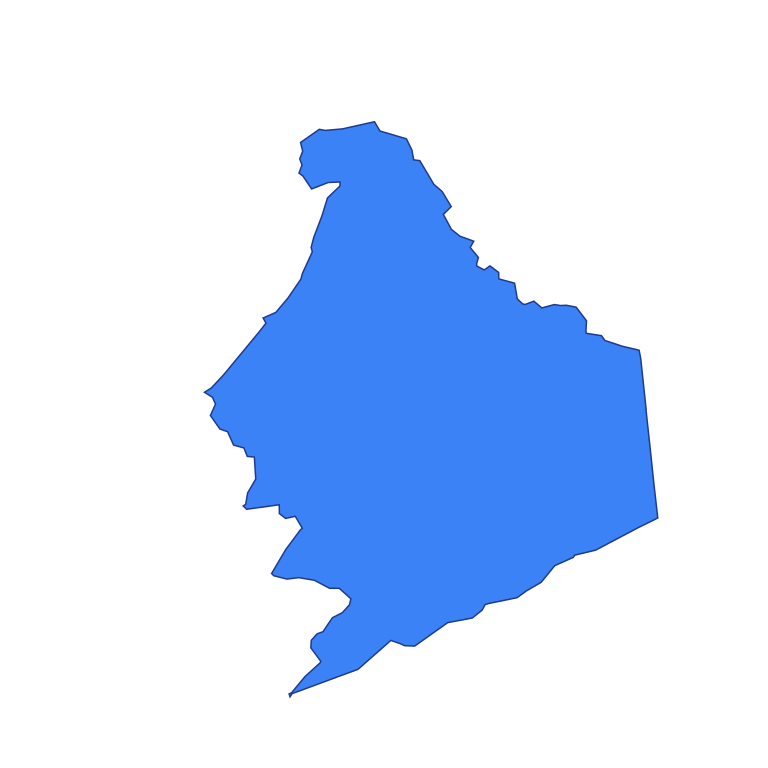 Toa Alta, Puerto Rico, rotated 60°
{"feature_id": "32010507B81379947560815", "entity_name": "Toa Alta", "entity_type": "district", "adm_level": 2, "iso_a3": "PRI", "parent_name": "Puerto Rico", "parent_adm1": "", "projection": "equal_earth", "projection_center": [-66.251, 18.359], "detail": "fine", "context": "isolated", "style": "filled", "palette": "blue", "viewbox_px": 768, "rotation_deg": 60, "n_neighbors": 0, "source": "geoboundaries", "source_scale": "gbopen_adm2", "svg_char_len": 1850}
<svg xmlns="http://www.w3.org/2000/svg" viewBox="0 0 768 768"><g transform="rotate(60 384 384)"><path d="M195.5,242.9L182.9,242.0L162.9,261.0L152.1,261.1L142.2,292.6L135.0,308.1L131.1,312.7L133.1,335.5L141.7,338.0L146.9,344.4L153.3,345.5L158.9,352.2L163.4,350.2L178.9,349.2L181.6,331.6L187.0,321.1L190.5,323.1L194.6,339.9L207.4,353.7L221.7,371.3L229.3,378.8L233.7,380.0L247.5,399.4L251.6,403.5L261.4,423.9L267.9,441.8L266.4,455.7L272.3,455.8L276.6,466.5L295.9,518.4L301.1,535.6L301.4,543.6L309.8,539.2L317.2,540.0L324.5,550.1L341.0,548.6L347.1,543.3L361.7,544.8L369.3,537.3L378.4,538.6L382.4,532.8L402.2,542.6L410.1,556.5L419.1,564.0L419.2,566.9L423.8,565.6L436.2,535.1L443.9,539.4L451.2,536.4L454.2,527.0L468.1,526.9L468.4,529.1L478.2,551.8L491.9,576.1L495.0,575.3L504.4,565.6L509.1,554.6L519.1,542.5L533.7,533.3L538.6,524.9L553.4,520.1L557.9,524.2L561.2,534.4L560.6,545.5L568.0,560.7L566.9,566.8L569.6,575.1L575.9,579.3L592.4,577.4L593.5,578.6L597.8,598.5L605.2,618.6L604.9,621.1L607.9,621.8L606.2,618.4L614.3,571.1L618.1,549.1L616.7,542.2L609.5,506.3L616.6,500.1L620.9,497.0L626.3,488.5L622.5,448.2L630.8,424.5L628.9,412.1L625.8,407.0L625.7,406.1L626.5,402.9L635.6,375.6L634.4,364.5L634.3,347.0L632.2,341.4L626.7,327.0L628.4,310.2L628.8,306.8L627.6,304.4L633.7,283.7L635.5,235.6L635.7,232.7L636.9,213.9L604.1,199.6L570.9,184.8L537.3,170.0L537.3,169.8L490.0,148.8L482.3,146.2L470.2,159.0L456.8,170.9L450.9,171.5L441.2,183.5L438.7,182.4L430.5,177.0L413.5,179.2L407.0,186.7L404.3,191.9L400.4,196.7L397.0,209.3L387.2,212.8L385.7,221.9L384.0,223.9L376.9,226.0L362.0,220.5L350.4,232.0L344.7,228.9L334.7,233.2L335.3,240.2L328.2,244.7L326.1,243.6L321.7,239.0L308.9,241.1L305.2,234.9L294.0,244.3L283.9,248.3L266.8,247.8L264.0,237.1L246.4,237.4L236.0,241.0L208.5,241.3L204.7,246.2L195.5,242.9Z" fill="#3b82f6" stroke="#1e3a8a" stroke-width="1.5"/></g></svg>